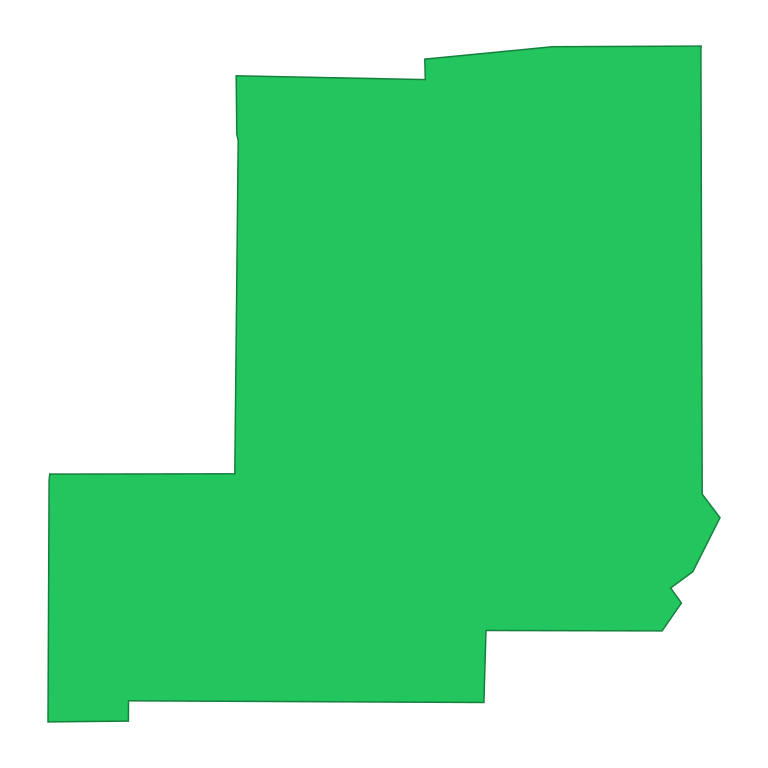 the district of Allen, Louisiana, United States of America
{"feature_id": "52423323B27353189607616", "entity_name": "Allen", "entity_type": "district", "adm_level": 2, "iso_a3": "USA", "parent_name": "United States of America", "parent_adm1": "Louisiana", "projection": "orthographic", "projection_center": [-92.817, 30.661], "detail": "fine", "context": "isolated", "style": "filled", "palette": "green", "viewbox_px": 768, "rotation_deg": 0, "n_neighbors": 0, "source": "geoboundaries", "source_scale": "gbopen_adm2", "svg_char_len": 398}
<svg xmlns="http://www.w3.org/2000/svg" viewBox="0 0 768 768"><path d="M700.9,50.2L701.2,46.1L552.7,46.7L424.8,59.1L425.3,79.6L236.2,75.8L236.8,134.1L238.2,140.7L234.8,473.8L49.7,474.1L49.1,480.6L48.0,721.9L128.4,721.1L128.5,700.8L483.9,702.5L486.0,630.5L662.1,630.9L681.4,603.0L670.6,588.0L692.8,571.7L720.0,517.7L702.2,494.2L700.9,50.2Z" fill="#22c55e" stroke="#15803d" stroke-width="1.5"/></svg>